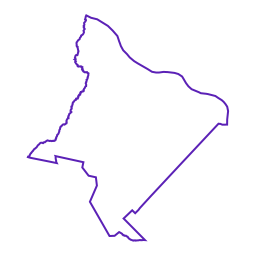 the district of Ramallo, Buenos Aires, Argentina
{"feature_id": "61730980B89935327549189", "entity_name": "Ramallo", "entity_type": "district", "adm_level": 2, "iso_a3": "ARG", "parent_name": "Argentina", "parent_adm1": "Buenos Aires", "projection": "robinson", "projection_center": [-60.168, -33.589], "detail": "fine", "context": "isolated", "style": "outline", "palette": "violet", "viewbox_px": 256, "rotation_deg": 0, "n_neighbors": 0, "source": "geoboundaries", "source_scale": "gbopen_adm2", "svg_char_len": 5226}
<svg xmlns="http://www.w3.org/2000/svg" viewBox="0 0 256 256"><path d="M89.9,201.8L109.5,236.0L114.6,235.8L119.1,232.1L121.0,233.1L121.6,233.5L122.0,233.7L122.4,234.2L122.4,234.4L122.5,234.6L122.9,234.8L123.2,235.2L123.5,235.2L124.0,235.5L124.1,235.3L124.3,235.4L125.2,235.8L125.9,235.7L126.1,235.9L126.8,236.5L127.2,236.6L127.5,236.6L127.8,236.9L128.0,237.4L128.2,237.6L128.5,238.1L129.1,238.7L129.3,238.7L130.6,239.7L131.5,239.9L132.6,240.4L133.0,240.4L133.3,240.6L133.5,240.6L133.9,240.4L134.3,240.5L134.9,240.3L135.2,240.3L135.5,240.6L135.9,240.6L136.9,240.4L138.1,240.4L140.1,240.0L140.6,240.2L141.1,240.1L141.3,240.2L141.8,240.2L143.6,240.0L145.0,240.1L123.6,218.5L132.2,210.3L135.2,213.2L138.5,209.9L139.8,208.1L150.8,196.1L180.3,164.5L218.5,123.7L219.8,123.9L220.5,123.9L221.6,124.4L222.4,124.7L227.1,124.6L227.2,119.4L228.1,111.1L227.2,106.7L225.5,104.1L223.7,101.9L221.7,100.1L218.3,98.0L215.4,96.0L208.0,94.1L206.3,93.8L200.8,93.2L199.1,92.3L191.6,89.2L188.4,86.3L186.0,83.1L183.2,78.3L182.1,76.5L178.3,74.0L174.5,72.9L167.7,72.1L163.5,71.9L159.3,72.5L155.9,72.5L152.0,71.8L147.7,69.1L137.8,63.4L134.1,61.1L129.7,57.4L127.0,54.1L123.2,50.3L120.8,45.9L120.1,43.8L119.1,41.2L118.5,39.3L117.4,36.0L112.7,30.6L107.9,25.9L97.2,19.3L91.1,17.8L86.3,15.4L85.8,16.4L85.7,16.9L85.4,18.5L85.0,19.4L85.2,19.7L85.8,19.7L85.9,19.8L86.0,20.2L85.9,20.5L85.5,21.2L85.3,21.6L84.5,22.4L84.1,22.9L84.1,23.3L84.4,24.5L84.4,24.8L84.2,25.2L83.7,25.6L83.6,26.0L84.1,26.8L83.7,27.3L83.7,27.6L83.8,27.8L84.5,28.5L84.7,28.9L84.6,29.3L83.8,30.2L83.5,30.7L83.6,31.0L83.7,31.4L83.9,31.7L84.0,32.1L83.9,32.5L83.2,34.0L82.8,34.5L82.4,34.8L82.1,34.9L81.8,35.3L81.2,35.5L81.0,36.0L81.0,36.5L80.3,37.4L80.0,37.7L79.9,37.9L79.6,39.2L79.4,39.4L78.7,39.8L77.9,40.5L77.3,41.6L76.6,42.4L76.5,43.7L76.7,44.6L76.6,45.5L76.8,46.4L77.0,46.6L77.5,46.6L77.7,46.8L77.7,47.0L77.6,47.3L77.5,47.6L77.8,48.3L77.9,49.2L78.1,49.9L78.2,50.5L78.5,51.0L78.5,51.3L78.2,51.7L78.1,52.1L78.2,52.7L77.9,53.1L77.8,53.8L77.6,54.5L77.5,55.0L77.2,55.2L76.6,55.0L76.2,55.1L75.8,55.3L75.3,56.2L75.2,57.1L75.0,57.4L74.9,57.8L75.5,58.4L75.5,58.9L75.3,59.3L74.8,59.5L75.4,59.9L75.6,60.0L75.4,60.5L75.4,60.9L75.7,61.3L75.3,61.5L75.1,62.0L75.5,62.6L76.0,63.5L76.2,63.8L76.7,64.1L77.1,64.8L77.6,64.9L77.8,65.4L77.6,65.8L77.6,66.1L77.8,66.3L78.3,66.6L79.7,66.4L80.4,66.5L80.8,66.3L81.5,66.5L81.8,66.8L82.4,67.1L82.3,67.5L81.9,67.7L81.8,67.8L82.0,68.1L82.5,68.6L82.6,68.8L82.2,69.2L82.1,69.4L82.5,69.7L82.4,70.1L82.5,70.3L83.2,70.4L83.3,70.5L83.2,70.9L83.2,71.3L83.5,71.6L85.0,72.4L85.9,72.1L87.1,72.2L87.2,72.7L87.3,72.9L87.8,73.1L88.2,73.1L88.4,73.2L88.5,73.3L88.5,73.6L88.3,74.6L88.3,75.2L88.3,75.6L87.8,76.5L87.9,77.0L87.8,77.3L87.7,77.3L87.5,77.6L87.5,77.8L87.6,78.1L87.6,78.4L87.4,78.7L87.1,79.6L86.9,79.7L86.6,79.8L86.7,80.3L86.6,80.7L86.6,81.1L86.2,81.6L86.3,82.2L86.2,82.5L85.8,82.9L85.7,83.2L85.7,83.3L86.1,84.3L86.2,84.8L86.1,86.1L85.7,86.2L85.4,86.5L84.7,88.1L84.1,88.7L83.9,89.3L83.6,89.6L83.5,89.9L83.7,90.2L83.8,90.6L83.6,91.2L82.9,91.5L82.7,91.5L82.5,91.4L82.1,91.4L81.9,91.5L81.7,91.9L81.3,92.3L81.2,92.3L81.0,92.0L80.7,92.0L80.3,92.8L80.7,93.0L80.4,93.7L80.2,94.6L79.7,94.6L79.3,94.6L79.1,94.8L78.9,95.1L79.3,95.2L79.2,95.5L78.4,95.9L78.1,96.4L78.1,96.6L78.3,96.8L78.3,97.2L78.3,97.4L77.9,98.0L77.9,98.3L77.8,98.6L77.5,98.7L77.3,98.7L77.1,98.4L76.8,98.4L76.6,98.5L76.3,98.5L76.1,98.6L76.0,98.9L75.9,99.2L76.0,99.5L75.9,99.9L75.8,100.0L75.0,100.2L74.5,100.5L74.3,100.8L74.2,101.2L73.8,101.8L73.2,102.1L73.0,102.3L72.6,103.2L72.6,103.5L72.8,103.9L72.4,104.6L72.2,105.9L71.9,106.3L71.4,106.5L71.3,107.0L71.7,107.4L71.7,108.6L71.4,108.8L71.3,109.3L71.2,109.4L70.8,109.7L70.5,111.0L70.6,111.5L71.1,111.7L71.4,112.0L70.7,112.7L70.2,113.3L69.4,113.7L69.1,114.3L69.0,115.1L68.5,115.7L68.5,115.8L68.6,116.3L68.0,117.2L68.1,117.6L68.5,117.8L68.5,118.2L68.1,118.2L67.9,118.3L67.7,118.6L67.2,119.1L66.8,119.8L66.6,120.6L66.4,120.9L66.4,121.3L66.7,121.9L66.7,122.1L66.6,123.1L66.5,123.3L66.4,123.3L65.8,123.4L65.4,124.1L64.7,124.5L64.4,124.6L64.1,124.3L63.7,124.3L62.8,124.6L62.2,125.3L61.8,125.6L61.5,126.2L60.9,126.4L60.5,126.8L60.5,127.3L60.2,127.7L60.1,128.0L60.1,128.8L60.0,129.2L59.6,129.6L59.5,130.0L59.3,130.3L59.3,131.6L59.0,132.0L58.6,133.3L58.3,133.9L57.8,134.4L57.3,134.7L57.3,135.2L57.0,135.7L56.9,136.5L56.2,137.2L56.1,137.5L56.2,138.2L55.7,138.8L55.7,139.1L55.8,139.4L55.8,139.6L55.4,139.7L55.2,140.1L54.8,140.7L54.3,140.9L53.1,140.7L52.7,140.9L52.7,141.0L52.1,141.0L51.3,141.1L50.8,140.8L49.5,141.0L48.7,140.7L48.2,140.7L47.7,140.5L47.4,140.4L46.8,140.8L46.5,140.9L45.8,141.5L45.3,141.7L45.0,142.2L43.6,142.4L43.5,142.7L43.2,143.1L42.8,143.1L42.1,142.8L41.2,142.7L40.7,142.8L39.8,143.4L39.2,144.3L38.7,144.6L37.9,145.3L37.7,145.5L37.3,146.2L37.1,146.6L36.9,146.8L36.2,147.7L35.6,148.0L35.1,148.6L34.1,149.2L33.8,149.7L33.6,149.9L33.1,150.8L32.7,151.0L32.4,151.5L31.4,152.6L31.2,153.1L30.9,153.2L30.3,154.0L30.1,154.6L29.7,155.1L29.6,155.8L29.2,156.1L28.9,156.5L28.7,156.6L28.1,156.6L27.9,157.1L30.4,157.8L49.5,161.6L56.8,163.1L56.6,162.7L56.3,162.3L56.1,161.7L56.2,161.1L56.1,160.6L56.0,160.0L55.8,159.4L55.6,157.8L55.7,157.2L55.8,156.9L55.5,156.1L83.4,162.2L82.3,167.5L88.6,175.7L95.9,177.3L96.9,185.6L89.9,201.8Z" fill="none" stroke="#5b21b6" stroke-width="2"/></svg>